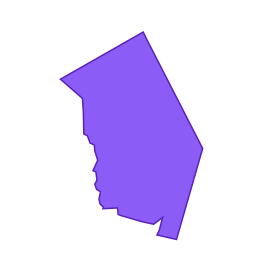 the district of Jackson, Texas, United States of America, rotated 14°
{"feature_id": "52423323B84486994162427", "entity_name": "Jackson", "entity_type": "district", "adm_level": 2, "iso_a3": "USA", "parent_name": "United States of America", "parent_adm1": "Texas", "projection": "equal_earth", "projection_center": [-96.65, 28.969], "detail": "fine", "context": "isolated", "style": "filled", "palette": "violet", "viewbox_px": 256, "rotation_deg": 14, "n_neighbors": 0, "source": "geoboundaries", "source_scale": "gbopen_adm2", "svg_char_len": 553}
<svg xmlns="http://www.w3.org/2000/svg" viewBox="0 0 256 256"><g transform="rotate(14 128 128)"><path d="M50.6,97.0L75.1,109.5L76.8,110.8L80.6,122.6L86.6,144.5L90.5,145.4L94.9,151.8L99.4,152.6L101.3,158.2L106.4,166.6L104.4,177.8L107.5,178.4L110.5,186.1L109.4,190.5L112.3,195.1L116.7,196.5L117.0,204.0L119.3,208.5L123.4,210.8L123.2,212.4L137.1,208.1L139.4,214.3L143.0,214.7L163.9,215.5L176.1,215.2L183.2,206.4L183.1,219.7L182.0,224.8L202.0,224.4L205.4,129.8L123.9,36.5L119.5,31.2L50.6,97.0Z" fill="#8b5cf6" stroke="#5b21b6" stroke-width="1.5"/></g></svg>